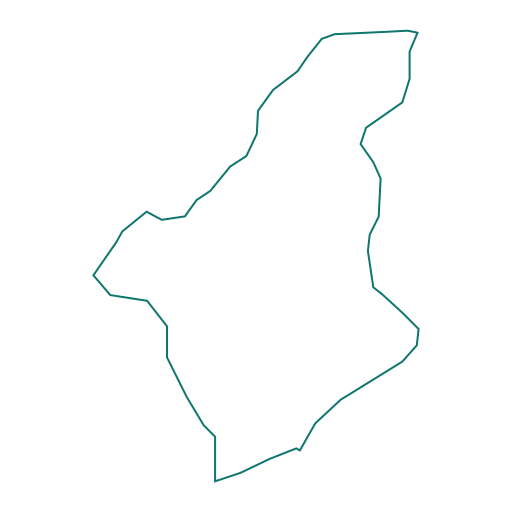 Bollebygd, Västra Götaland, Sweden
{"feature_id": "70781695B31966174790968", "entity_name": "Bollebygd", "entity_type": "district", "adm_level": 2, "iso_a3": "SWE", "parent_name": "Sweden", "parent_adm1": "Västra Götaland", "projection": "mercator", "projection_center": [12.663, 57.758], "detail": "fine", "context": "isolated", "style": "outline", "palette": "teal", "viewbox_px": 512, "rotation_deg": 0, "n_neighbors": 0, "source": "geoboundaries", "source_scale": "gbopen_adm2", "svg_char_len": 751}
<svg xmlns="http://www.w3.org/2000/svg" viewBox="0 0 512 512"><path d="M299.9,450.4L315.3,423.3L340.7,399.7L402.3,361.6L416.8,345.3L418.6,329.0L402.3,312.7L382.4,294.5L373.3,287.3L367.9,251.0L369.7,234.7L378.7,216.6L380.6,178.5L373.3,162.2L360.6,144.1L366.1,127.7L402.3,102.4L409.6,78.8L409.6,51.6L417.5,32.7L407.7,30.7L384.5,31.9L334.6,34.2L321.8,38.8L312.8,50.1L307.9,56.2L297.5,71.3L273.1,89.9L258.0,110.8L256.8,134.0L246.4,156.0L230.2,166.5L210.4,190.8L196.5,200.1L184.9,216.4L161.7,219.8L149.6,213.3L146.6,211.7L122.3,231.4L116.5,241.9L93.4,275.3L110.3,295.1L147.1,300.8L167.0,326.3L167.0,357.4L186.8,397.1L203.8,425.4L215.1,436.7L215.1,481.3L240.6,472.8L269.6,458.9L296.3,448.4L299.9,450.4Z" fill="none" stroke="#0f766e" stroke-width="2"/></svg>